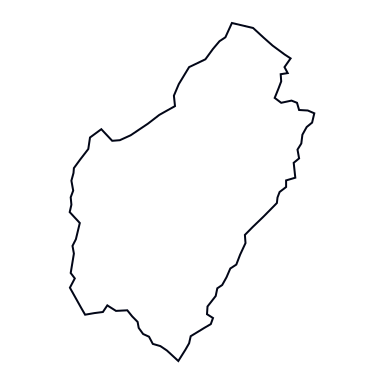 Ampelikou, Nicosia, Cyprus (Natural Earth projection)
{"feature_id": "46923920B7308228974018", "entity_name": "Ampelikou", "entity_type": "district", "adm_level": 2, "iso_a3": "CYP", "parent_name": "Cyprus", "parent_adm1": "Nicosia", "projection": "natural_earth1", "projection_center": [32.803, 35.103], "detail": "fine", "context": "isolated", "style": "outline", "palette": "ink", "viewbox_px": 384, "rotation_deg": 0, "n_neighbors": 0, "source": "geoboundaries", "source_scale": "gbopen_adm2", "svg_char_len": 1287}
<svg xmlns="http://www.w3.org/2000/svg" viewBox="0 0 384 384"><path d="M80.2,159.5L73.9,168.1L73.5,173.0L71.4,180.7L73.2,190.6L70.7,197.3L71.4,204.7L69.7,212.1L79.8,223.0L75.9,239.2L72.5,245.9L73.9,253.6L70.7,273.0L74.8,278.4L69.9,287.7L81.3,308.1L85.1,314.7L94.3,313.1L102.9,312.0L107.3,305.4L116.0,310.9L127.3,310.3L132.2,316.4L137.6,321.9L138.7,327.9L143.1,334.0L149.0,336.7L152.8,343.9L160.4,346.1L166.9,350.5L178.3,361.0L185.3,349.9L189.1,343.3L190.7,336.2L204.3,327.9L210.8,324.1L213.0,318.0L207.0,314.2L207.5,306.5L215.7,296.0L217.3,288.3L222.2,285.0L226.5,277.3L230.3,268.5L236.3,264.6L240.1,254.7L245.5,243.1L244.9,234.9L252.5,227.2L263.4,216.7L271.5,208.5L276.9,203.0L277.5,197.5L279.6,192.0L286.1,187.0L286.1,180.4L295.3,177.7L293.7,162.8L299.1,158.4L297.5,149.6L301.3,143.5L302.4,134.7L306.7,127.0L312.1,122.6L314.3,113.3L307.8,110.5L299.1,110.0L297.0,102.8L291.5,100.6L281.2,102.8L274.7,97.9L278.5,88.5L281.2,81.4L280.7,74.2L287.7,73.1L284.5,67.1L290.6,58.4L284.5,54.4L272.6,45.6L263.9,37.9L253.1,28.0L231.9,23.0L225.4,37.3L219.5,41.2L213.0,48.9L205.4,59.3L189.1,67.1L178.8,84.1L173.9,95.7L175.0,106.1L165.7,111.3L159.3,114.9L147.9,123.7L130.6,135.3L119.8,140.2L112.2,140.8L101.3,129.2L90.0,137.5L88.3,149.0L80.2,159.5Z" fill="none" stroke="#020617" stroke-width="2"/></svg>